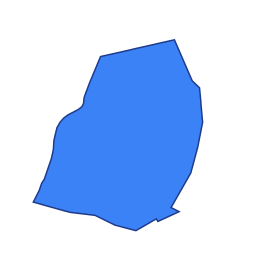 Caldeirão Grande do Piauí, Piauí, Brazil (Equal Earth projection), rotated 195°
{"feature_id": "56859067B90482329140185", "entity_name": "Caldeirão Grande do Piauí", "entity_type": "district", "adm_level": 2, "iso_a3": "BRA", "parent_name": "Brazil", "parent_adm1": "Piauí", "projection": "equal_earth", "projection_center": [-40.609, -7.321], "detail": "fine", "context": "isolated", "style": "filled", "palette": "blue", "viewbox_px": 256, "rotation_deg": 195, "n_neighbors": 0, "source": "geoboundaries", "source_scale": "gbopen_adm2", "svg_char_len": 686}
<svg xmlns="http://www.w3.org/2000/svg" viewBox="0 0 256 256"><g transform="rotate(195 128 128)"><path d="M57.0,60.4L65.8,62.3L55.7,100.9L55.7,105.3L55.7,114.5L55.7,127.2L56.1,133.6L57.4,152.8L63.5,169.4L64.4,172.1L69.3,185.3L78.2,190.2L106.0,225.2L114.2,220.9L141.2,206.7L147.3,203.4L173.0,189.9L176.8,161.8L178.1,148.3L178.2,145.3L177.3,140.5L178.0,136.7L180.9,132.9L189.2,125.3L192.5,121.2L195.1,116.1L196.7,109.9L196.5,101.2L196.3,96.7L194.5,87.7L194.3,83.1L194.1,78.4L195.6,56.9L197.1,52.2L197.6,44.7L200.3,31.9L167.4,31.5L161.5,31.6L140.1,34.7L137.2,35.1L115.3,30.8L95.8,30.9L93.8,30.9L77.2,47.5L74.9,45.5L57.0,60.4Z" fill="#3b82f6" stroke="#1e3a8a" stroke-width="1.5"/></g></svg>